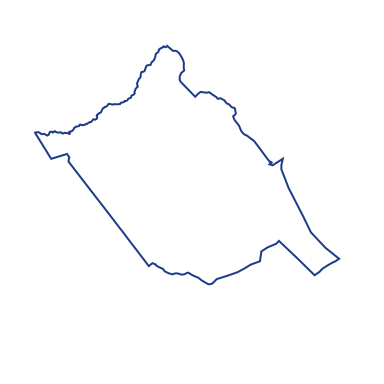 San Juan Bautista Suchitepec, Oaxaca, Mexico (Equal Earth projection), rotated 143°
{"feature_id": "50627088B46515972883740", "entity_name": "San Juan Bautista Suchitepec", "entity_type": "district", "adm_level": 2, "iso_a3": "MEX", "parent_name": "Mexico", "parent_adm1": "Oaxaca", "projection": "equal_earth", "projection_center": [-97.646, 18.005], "detail": "fine", "context": "isolated", "style": "outline", "palette": "blue", "viewbox_px": 384, "rotation_deg": 143, "n_neighbors": 0, "source": "geoboundaries", "source_scale": "gbopen_adm2", "svg_char_len": 4243}
<svg xmlns="http://www.w3.org/2000/svg" viewBox="0 0 384 384"><g transform="rotate(143 192 192)"><path d="M203.7,100.5L196.2,99.4L189.0,98.7L179.4,95.8L178.9,96.3L172.3,102.8L165.1,102.3L155.9,100.0L152.0,100.6L147.7,75.0L144.2,51.7L138.2,51.5L134.4,52.2L129.0,51.9L122.6,51.1L119.2,50.4L114.7,50.1L119.0,67.1L121.3,88.1L117.7,106.7L114.4,125.6L112.5,136.8L106.9,156.5L104.3,159.8L99.5,163.9L103.8,164.2L108.7,164.6L111.5,164.8L113.4,167.4L110.6,167.6L110.9,168.5L111.8,168.1L111.8,172.5L111.7,193.7L111.8,195.8L113.1,200.1L114.2,204.1L114.9,205.0L115.7,207.1L115.9,209.1L116.0,210.7L115.6,212.7L114.7,216.0L114.5,217.6L114.6,220.3L114.7,223.2L114.4,225.3L113.6,227.7L112.2,227.8L110.8,227.8L109.6,228.5L107.6,232.7L107.6,233.0L107.5,233.7L107.6,233.9L108.0,234.2L109.0,235.3L109.4,236.8L109.5,238.3L109.6,238.9L109.8,240.0L110.1,240.6L110.3,240.8L110.6,241.1L110.7,241.3L110.9,241.8L110.9,243.0L111.0,243.2L111.1,243.8L111.1,244.4L111.0,245.0L110.9,245.2L110.9,245.4L110.9,245.5L111.5,246.9L112.3,248.6L113.1,250.1L114.3,250.3L115.4,251.0L115.5,253.4L117.1,257.6L118.2,261.4L119.7,261.9L122.1,263.9L123.0,264.8L123.8,265.9L124.8,266.7L126.5,266.8L127.9,266.8L132.1,266.1L134.6,285.7L134.6,287.9L134.0,289.5L132.1,291.8L130.3,292.7L129.3,293.5L127.0,293.6L125.0,293.8L123.9,296.1L122.9,297.4L122.1,298.4L121.1,299.5L120.0,302.0L119.3,304.7L118.9,308.0L118.7,310.4L119.1,312.3L119.5,313.8L120.7,315.1L122.2,316.1L123.9,323.5L124.3,323.2L125.0,323.4L125.7,323.5L126.1,323.7L126.3,324.2L126.5,324.8L127.0,324.9L127.3,325.5L127.5,325.5L128.7,325.1L130.6,325.7L130.9,325.7L131.5,325.7L132.2,325.4L132.8,325.6L133.4,325.0L134.2,324.4L134.9,324.0L135.1,324.1L135.6,324.2L136.5,324.1L137.1,324.1L137.8,324.0L138.6,323.4L139.4,322.5L140.0,322.1L141.3,321.2L141.7,320.9L142.0,320.7L142.7,320.5L143.5,320.1L145.3,320.0L145.8,319.8L146.6,319.7L147.5,319.1L148.6,318.5L150.3,319.4L151.5,320.1L152.3,320.2L154.0,319.3L156.6,317.4L158.0,317.2L158.7,317.4L160.0,318.2L161.2,317.6L162.9,316.0L163.4,315.3L164.5,314.5L165.8,314.2L166.2,314.3L166.8,314.0L170.1,312.1L171.0,311.1L171.9,308.8L173.3,308.7L175.6,308.0L178.0,306.2L178.3,305.3L180.1,304.8L181.3,305.3L182.2,305.3L182.8,305.2L183.6,304.3L184.0,304.1L184.4,304.1L185.0,304.4L185.9,304.6L186.9,304.7L187.9,304.3L188.9,304.2L190.2,304.5L191.0,305.2L191.4,305.0L191.9,304.9L192.6,304.9L193.1,305.2L194.5,305.6L195.0,306.1L195.8,306.0L196.6,305.5L197.5,306.1L198.6,306.8L200.2,308.1L201.1,308.9L202.4,309.4L203.2,310.0L203.8,310.7L204.6,311.8L205.2,312.4L206.2,312.5L206.9,312.0L208.4,311.9L209.8,311.9L210.3,312.3L211.6,312.2L212.4,312.5L213.1,312.3L213.9,311.9L216.6,310.5L218.3,310.6L219.3,310.9L220.4,310.5L221.1,310.8L221.6,310.4L222.4,310.1L222.4,309.6L222.8,308.7L223.5,308.0L224.3,307.8L225.0,308.0L225.4,308.0L225.8,308.0L226.2,308.5L226.6,309.0L227.0,309.4L227.7,309.4L228.6,308.9L229.3,308.9L230.2,308.6L230.9,308.9L231.3,309.3L232.1,309.2L232.5,309.5L233.7,309.6L234.7,309.5L235.8,310.2L236.7,310.1L238.0,310.6L238.8,311.0L239.5,311.4L239.7,311.9L240.2,312.5L240.5,313.0L240.8,313.2L241.6,313.2L242.0,312.8L242.6,312.7L243.2,312.9L244.2,313.4L245.1,313.7L245.6,314.2L246.9,313.9L247.8,314.0L248.8,313.3L250.2,313.1L251.0,312.9L252.4,313.2L253.7,313.9L254.5,312.1L255.1,312.2L255.5,313.4L258.3,316.1L259.5,316.2L260.2,316.6L260.4,317.4L260.9,318.8L262.2,319.2L263.1,320.0L263.7,320.6L264.2,321.4L264.8,322.1L264.8,322.8L265.5,323.3L266.8,323.2L267.4,323.3L267.5,324.1L268.8,325.3L269.6,325.4L270.7,324.7L272.1,324.0L273.6,324.2L274.3,325.6L274.7,326.5L274.8,327.1L275.4,327.7L276.5,328.1L277.4,328.9L277.8,330.1L278.0,331.0L278.5,331.9L279.2,332.7L280.1,333.1L281.0,333.5L281.4,333.9L281.7,333.7L284.5,303.3L284.4,303.2L268.9,297.6L269.1,293.5L269.8,293.2L272.3,290.6L272.0,261.8L271.5,222.3L271.4,208.9L271.4,205.0L271.3,203.6L271.3,186.9L271.2,180.5L271.1,158.8L266.3,159.0L265.5,157.2L264.8,156.5L264.6,156.0L264.9,155.5L264.6,154.1L263.3,151.3L261.5,148.2L261.5,145.9L261.3,144.5L259.2,140.6L256.9,137.8L254.9,137.4L253.5,136.4L252.4,135.6L250.3,132.6L248.9,131.5L246.5,130.6L244.6,130.5L243.5,129.7L241.8,125.5L239.5,121.2L238.6,120.0L237.5,115.7L234.6,108.7L232.8,107.3L230.6,106.7L228.1,107.0L224.8,107.6L214.4,103.9L203.7,100.5Z" fill="none" stroke="#1e3a8a" stroke-width="2"/></g></svg>